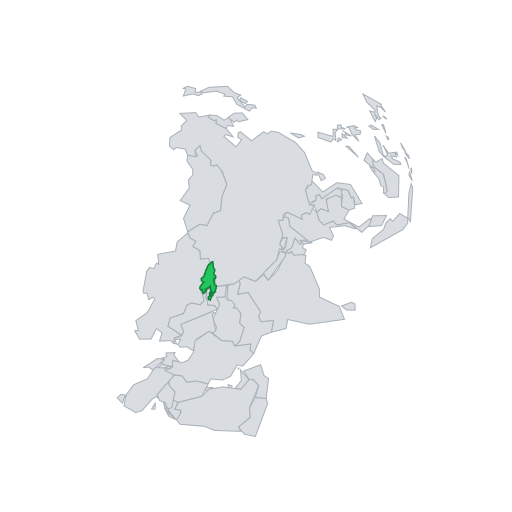 Kyrgyzstan highlighted on a map of Asia, rotated 292°
{"feature_id": "KGZ", "entity_name": "Kyrgyzstan", "entity_type": "country or territory", "adm_level": 0, "iso_a3": "KGZ", "parent_name": "Asia", "parent_adm1": "", "projection": "orthographic", "projection_center": [73.132, 41.224], "detail": "fine", "context": "in_parent", "style": "filled", "palette": "green", "viewbox_px": 512, "rotation_deg": 292, "n_neighbors": 45, "source": "natural_earth", "source_scale": "50m", "svg_char_len": 17012}
<svg xmlns="http://www.w3.org/2000/svg" viewBox="0 0 512 512"><g transform="rotate(292 256 256)"><path d="M251.9,184.1L248.0,188.1L247.2,194.7L241.2,194.0L240.0,202.1L232.5,205.6L236.0,213.0L234.4,216.9L214.6,213.6L212.3,217.1L204.8,216.2L196.0,224.9L189.7,222.3L188.3,214.0L184.8,210.5L175.5,210.4L166.2,199.7L157.9,200.8L154.7,216.8L149.7,211.1L144.3,212.3L145.4,208.0L140.9,198.5L149.6,197.7L151.4,190.9L139.7,189.9L135.3,179.2L141.2,171.6L143.0,174.8L151.1,168.8L162.8,176.4L178.3,178.3L179.3,176.3L175.4,172.7L180.8,169.0L179.4,165.8L180.8,164.5L200.9,160.4L205.4,161.5L206.0,166.0L212.1,166.4L211.9,168.8L220.8,164.3L230.4,179.5L239.5,177.7L251.9,184.1Z" fill="#d9dde1" stroke="#a8b0b8" stroke-width="1"/><path d="M154.7,216.8L157.9,200.8L166.2,199.7L175.5,210.4L184.8,210.5L188.3,214.0L189.7,222.3L194.7,224.8L204.0,218.1L202.1,221.4L210.8,224.4L206.5,227.6L202.5,227.1L202.8,223.9L198.3,224.7L195.4,229.9L192.6,229.5L194.6,236.0L192.4,240.3L164.4,212.1L158.4,217.5L154.7,216.8Z" fill="#d9dde1" stroke="#a8b0b8" stroke-width="1"/><path d="M446.3,294.5L443.6,315.3L442.7,315.1L438.0,322.2L440.6,316.0L440.1,311.8L432.0,316.9L430.3,320.4L428.4,318.7L432.3,312.5L429.1,316.2L425.2,316.2L433.1,307.0L433.8,312.4L435.8,311.7L440.1,301.1L446.3,294.5ZM408.6,354.6L406.4,359.6L403.6,362.0L405.6,358.1L408.6,354.6ZM432.0,326.2L432.1,324.1L433.2,320.9L433.4,322.7L432.0,326.2ZM389.6,327.7L388.0,332.0L393.5,336.4L389.8,339.3L384.1,358.4L364.2,366.0L359.9,357.3L362.3,350.6L365.4,353.3L376.7,345.8L379.4,343.5L383.1,331.1L389.6,327.7ZM418.4,330.6L424.8,323.4L425.5,325.0L418.4,330.6ZM415.6,334.3L413.8,335.3L413.4,334.4L416.1,331.9L415.6,334.3ZM418.7,312.0L420.7,313.8L419.2,322.0L417.4,317.2L418.7,312.0ZM399.2,331.0L411.6,320.9L407.4,328.5L397.2,336.2L396.7,339.0L399.4,340.0L406.4,332.1L401.0,340.4L405.1,347.7L402.4,349.6L404.1,346.0L400.5,349.0L399.3,343.9L397.3,346.3L397.0,354.3L395.1,356.1L392.6,349.1L396.1,337.2L399.2,331.0ZM396.1,367.1L390.9,369.6L393.8,367.1L396.1,367.1ZM394.2,365.4L400.5,359.9L403.2,356.8L402.5,358.8L394.2,365.4ZM388.3,367.5L391.8,366.8L384.3,372.6L388.3,367.5ZM348.5,382.3L371.5,374.3L381.2,372.7L377.4,376.0L345.7,386.3L348.5,382.3ZM339.4,369.8L349.3,373.4L347.7,382.6L343.5,384.3L335.7,382.4L306.5,359.0L315.5,357.3L328.4,364.3L335.7,364.1L340.9,366.5L339.4,369.8Z" fill="#d9dde1" stroke="#a8b0b8" stroke-width="1"/><path d="M408.6,355.9L411.4,351.0L415.1,347.7L408.6,355.9Z" fill="#d9dde1" stroke="#a8b0b8" stroke-width="1"/><path d="M82.3,229.3L77.7,233.7L74.3,243.2L74.7,235.3L79.9,229.0L82.3,229.3Z" fill="#d9dde1" stroke="#a8b0b8" stroke-width="1"/><path d="M86.0,226.7L80.0,229.0L86.1,224.8L86.0,226.7Z" fill="#d9dde1" stroke="#a8b0b8" stroke-width="1"/><path d="M80.2,232.5L76.8,235.7L79.3,231.4L80.2,232.5Z" fill="#d9dde1" stroke="#a8b0b8" stroke-width="1"/><path d="M80.2,232.5L91.4,233.1L91.0,238.7L83.3,238.2L85.1,243.8L77.4,246.2L74.3,243.2L80.2,232.5Z" fill="#d9dde1" stroke="#a8b0b8" stroke-width="1"/><path d="M126.0,286.4L135.1,289.1L144.6,284.3L138.0,296.7L126.7,291.9L126.0,286.4Z" fill="#d9dde1" stroke="#a8b0b8" stroke-width="1"/><path d="M123.4,283.5L123.7,280.4L126.2,278.3L126.7,282.3L123.4,283.5Z" fill="#d9dde1" stroke="#a8b0b8" stroke-width="1"/><path d="M115.2,257.5L117.7,265.1L111.8,260.8L115.2,257.5Z" fill="#d9dde1" stroke="#a8b0b8" stroke-width="1"/><path d="M91.0,238.7L91.4,233.1L99.6,231.8L103.1,224.1L109.0,221.6L114.9,224.8L117.2,232.5L113.0,239.0L117.8,247.4L119.5,259.5L105.5,258.2L91.0,238.7Z" fill="#d9dde1" stroke="#a8b0b8" stroke-width="1"/><path d="M138.9,296.0L144.7,287.7L156.9,301.0L148.1,308.3L147.1,313.5L127.7,318.8L124.4,308.3L136.8,307.0L140.4,299.3L138.9,296.0ZM145.8,281.9L144.1,282.7L145.4,281.5L145.8,281.9Z" fill="#d9dde1" stroke="#a8b0b8" stroke-width="1"/><path d="M333.3,325.0L333.8,316.7L345.2,313.5L346.4,310.1L351.0,312.3L351.3,317.1L345.6,322.6L347.4,324.2L337.4,329.6L333.3,325.0Z" fill="#d9dde1" stroke="#a8b0b8" stroke-width="1"/><path d="M342.0,313.2L333.8,316.7L333.3,325.0L323.2,323.7L321.4,340.6L333.6,347.7L329.9,351.0L317.5,345.2L321.9,330.2L315.0,319.4L317.2,314.4L310.1,307.2L312.7,301.1L319.2,296.0L324.2,298.4L324.6,306.4L332.0,300.4L338.1,301.7L342.5,307.7L342.0,313.2Z" fill="#d9dde1" stroke="#a8b0b8" stroke-width="1"/><path d="M349.8,310.1L342.0,313.2L342.5,307.7L334.8,299.6L324.6,306.4L324.2,298.4L319.2,296.0L324.8,290.8L323.4,286.4L330.2,290.6L334.6,288.9L336.7,291.8L333.8,295.6L348.4,303.7L349.8,310.1Z" fill="#d9dde1" stroke="#a8b0b8" stroke-width="1"/><path d="M319.2,296.0L312.7,301.1L310.1,307.2L317.2,314.4L315.0,319.4L321.9,330.2L318.6,338.9L317.2,326.8L310.1,313.5L303.7,320.3L298.9,320.2L298.4,311.4L288.8,300.1L296.2,276.2L303.2,272.0L302.9,266.9L308.3,268.5L307.4,284.8L311.1,282.9L315.2,286.4L314.7,290.2L321.9,288.9L319.2,296.0Z" fill="#d9dde1" stroke="#a8b0b8" stroke-width="1"/><path d="M340.6,328.9L347.4,324.2L345.6,322.6L351.3,317.1L349.8,306.0L333.8,295.6L336.7,291.8L334.6,288.9L330.2,290.6L325.1,285.1L335.4,277.2L346.4,280.3L340.3,293.9L354.3,303.6L357.7,316.8L344.4,334.6L340.6,328.9Z" fill="#d9dde1" stroke="#a8b0b8" stroke-width="1"/><path d="M369.4,160.4L371.5,167.4L370.0,175.5L374.5,179.3L367.8,186.7L366.4,180.7L362.9,180.7L363.1,176.9L363.9,169.2L367.3,168.1L365.7,166.4L366.8,159.4L369.4,160.4Z" fill="#d9dde1" stroke="#a8b0b8" stroke-width="1"/><path d="M371.7,185.4L374.2,178.2L380.5,182.7L383.5,189.7L379.4,197.3L373.8,189.3L375.0,187.3L371.7,185.4Z" fill="#d9dde1" stroke="#a8b0b8" stroke-width="1"/><path d="M252.9,183.6L263.7,174.7L278.3,175.8L279.0,164.9L294.0,168.7L301.4,164.8L307.0,167.0L312.4,165.2L318.2,156.4L323.9,154.8L326.9,164.3L331.1,159.8L337.0,161.2L327.8,178.7L323.4,179.6L323.3,182.8L325.9,185.1L323.9,190.4L311.4,202.3L298.0,202.3L284.7,206.2L279.8,200.6L265.8,199.2L264.3,192.2L252.9,183.6Z" fill="#d9dde1" stroke="#a8b0b8" stroke-width="1"/><path d="M302.9,266.9L303.2,272.0L296.2,276.2L289.9,297.4L287.0,291.3L285.6,294.3L283.2,292.6L287.0,285.4L277.5,286.2L271.7,282.2L270.6,285.4L273.7,287.1L270.8,290.8L273.3,291.5L275.2,302.0L267.7,304.1L266.3,309.9L249.5,326.9L241.7,330.3L240.4,352.1L230.4,361.7L212.8,331.2L209.0,309.2L200.1,311.0L191.0,298.8L202.7,296.5L196.8,285.2L201.2,280.9L205.8,281.3L219.1,262.3L213.4,253.4L224.7,251.6L228.1,247.7L232.2,252.7L232.3,265.0L241.6,270.1L238.1,276.4L251.0,281.4L269.7,282.7L271.4,275.1L272.3,279.3L276.0,280.2L284.6,277.9L282.7,274.2L297.5,263.1L298.9,267.4L302.9,266.9Z" fill="#d9dde1" stroke="#a8b0b8" stroke-width="1"/><path d="M287.0,291.3L289.5,303.3L284.6,295.5L281.0,296.1L280.6,300.3L275.6,300.3L270.8,290.8L273.7,287.1L270.6,285.4L271.7,282.2L277.5,286.2L287.0,285.4L283.2,292.6L285.6,294.3L287.0,291.3Z" fill="#d9dde1" stroke="#a8b0b8" stroke-width="1"/><path d="M282.7,274.2L284.6,277.9L272.3,279.3L276.1,273.3L282.7,274.2Z" fill="#d9dde1" stroke="#a8b0b8" stroke-width="1"/><path d="M269.2,276.5L269.7,282.7L266.5,283.3L238.1,276.4L243.1,268.9L260.3,276.5L269.2,276.5Z" fill="#d9dde1" stroke="#a8b0b8" stroke-width="1"/><path d="M228.1,247.7L224.7,251.6L213.4,253.4L219.1,262.3L205.8,281.3L201.2,280.9L196.8,285.2L202.7,296.5L191.0,298.8L184.1,291.0L164.7,290.4L166.6,285.6L172.4,284.1L164.3,269.7L170.4,272.8L185.1,271.8L187.7,265.8L196.7,263.7L206.5,243.7L218.3,240.9L222.1,246.2L228.1,247.7Z" fill="#d9dde1" stroke="#a8b0b8" stroke-width="1"/><path d="M181.5,239.6L197.2,240.5L203.0,234.8L206.5,242.7L211.5,239.3L218.3,240.9L204.4,245.6L205.6,249.6L202.8,254.7L199.3,254.5L200.7,257.4L196.7,263.7L187.7,265.8L185.1,271.8L170.4,272.8L164.3,269.7L168.1,266.3L164.6,255.9L168.4,244.6L174.6,246.4L181.5,239.6Z" fill="#d9dde1" stroke="#a8b0b8" stroke-width="1"/><path d="M192.4,240.3L194.6,236.0L192.6,229.5L202.8,223.9L203.9,227.1L198.6,230.1L213.0,230.8L217.6,239.6L206.5,242.7L203.0,234.8L197.2,240.5L192.4,240.3Z" fill="#d9dde1" stroke="#a8b0b8" stroke-width="1"/><path d="M144.3,212.3L149.7,211.1L153.1,216.7L158.4,217.5L164.4,212.1L188.1,236.3L187.8,239.0L185.2,237.5L171.8,246.7L168.4,244.6L168.6,240.8L156.6,232.0L144.5,233.2L145.9,225.6L143.1,220.0L144.7,216.5L150.5,217.6L148.4,211.8L144.6,215.4L144.3,212.3Z" fill="#d9dde1" stroke="#a8b0b8" stroke-width="1"/><path d="M119.5,259.5L117.8,247.4L113.0,239.0L117.2,232.5L114.2,220.8L115.8,214.5L121.1,219.6L128.1,217.9L129.4,227.5L134.0,232.1L143.9,234.2L154.3,231.1L168.6,240.8L164.6,255.9L168.1,266.3L164.3,269.7L172.4,284.1L166.6,285.6L164.7,290.4L149.0,285.0L148.0,279.5L134.8,277.4L128.3,271.1L125.1,260.1L119.5,259.5Z" fill="#d9dde1" stroke="#a8b0b8" stroke-width="1"/><path d="M81.2,231.5L86.0,226.7L85.8,220.7L90.4,216.2L107.5,221.7L103.1,224.1L99.6,231.8L83.9,234.7L81.2,231.5Z" fill="#d9dde1" stroke="#a8b0b8" stroke-width="1"/><path d="M122.3,219.8L115.6,210.6L116.6,207.0L122.0,210.2L122.3,219.8Z" fill="#d9dde1" stroke="#a8b0b8" stroke-width="1"/><path d="M114.9,224.8L90.4,216.2L87.1,219.4L88.4,216.1L84.6,213.4L70.0,208.3L65.7,202.9L67.7,189.6L78.5,187.6L90.7,190.7L101.6,201.4L114.6,203.9L118.3,214.1L115.8,214.5L114.9,224.8ZM72.5,180.4L77.2,182.7L78.1,186.9L69.5,187.2L72.5,180.4Z" fill="#d9dde1" stroke="#a8b0b8" stroke-width="1"/><path d="M249.0,362.0L248.5,365.8L242.9,368.2L239.9,360.3L241.7,354.0L249.0,362.0Z" fill="#d9dde1" stroke="#a8b0b8" stroke-width="1"/><path d="M354.2,291.3L350.3,288.1L357.0,281.7L356.7,288.0L354.2,291.3ZM213.0,230.8L236.0,213.0L232.5,205.6L240.0,202.1L241.2,194.0L247.2,194.7L248.0,188.1L252.9,183.6L264.3,192.2L265.8,199.2L279.8,200.6L284.7,206.2L298.0,202.3L311.4,202.3L321.5,193.3L325.9,185.1L323.3,182.8L323.4,179.6L327.8,178.7L332.9,166.0L337.6,162.7L331.1,159.8L325.4,163.0L323.9,154.8L328.6,150.4L326.8,141.8L323.7,139.7L325.6,134.6L333.6,131.8L344.8,139.7L348.6,138.0L355.7,141.1L359.7,132.0L366.3,146.4L363.4,150.7L369.4,160.4L366.8,159.4L365.7,166.4L367.3,168.1L363.9,169.2L362.9,180.7L357.9,190.1L357.2,182.4L354.9,181.3L349.8,196.5L358.2,199.1L359.5,194.5L363.9,193.4L365.4,195.1L361.1,208.8L373.8,216.3L373.9,221.4L377.4,223.1L379.0,230.1L376.1,250.1L370.2,262.2L355.7,276.5L355.6,281.3L353.8,282.4L352.7,278.1L342.8,280.8L340.8,277.4L335.4,277.2L323.4,286.4L324.8,290.8L314.7,290.2L315.2,286.4L311.1,282.9L307.4,284.8L308.3,268.5L304.9,265.9L298.9,267.4L297.5,263.1L285.6,273.0L276.1,273.3L272.2,278.4L271.4,275.1L260.3,276.5L232.3,265.0L232.2,252.7L222.1,246.2L213.0,230.8Z" fill="#d9dde1" stroke="#a8b0b8" stroke-width="1"/><path d="M382.9,241.7L385.4,252.0L385.2,256.0L381.4,251.2L382.9,241.7Z" fill="#d9dde1" stroke="#a8b0b8" stroke-width="1"/><path d="M126.0,206.7L129.2,211.0L132.4,208.9L136.1,217.2L133.5,216.8L129.2,224.1L128.1,217.9L122.3,219.8L121.0,214.1L120.9,207.8L125.2,210.1L126.0,206.7ZM121.1,219.6L119.2,218.3L118.3,214.1L120.8,216.1L121.1,219.6Z" fill="#d9dde1" stroke="#a8b0b8" stroke-width="1"/><path d="M110.1,193.2L124.1,203.0L125.8,209.8L111.5,202.9L112.9,198.1L110.1,193.2Z" fill="#d9dde1" stroke="#a8b0b8" stroke-width="1"/><path d="M396.1,291.7L392.5,289.0L396.3,287.9L396.1,291.7ZM403.0,299.5L401.8,292.9L403.3,294.2L404.7,289.1L403.0,299.5ZM409.3,291.4L413.6,298.0L413.1,302.0L411.7,299.2L410.6,302.1L411.2,306.3L407.8,306.9L405.4,302.4L400.8,308.4L404.6,299.6L409.9,294.0L409.3,291.4ZM392.5,301.0L385.9,314.1L391.5,298.4L392.5,301.0ZM393.9,267.0L395.8,282.8L402.5,280.0L403.8,284.3L399.8,283.1L393.0,286.9L393.6,283.7L389.7,282.6L389.1,269.3L393.9,267.0ZM399.4,296.5L398.1,291.5L401.8,289.9L399.4,296.5ZM407.9,282.5L409.4,285.9L407.2,286.7L407.4,291.4L404.3,283.8L407.9,282.5Z" fill="#d9dde1" stroke="#a8b0b8" stroke-width="1"/><path d="M325.6,349.7L337.0,349.1L342.4,361.9L331.3,361.0L325.6,349.7ZM389.6,327.7L383.1,331.1L379.4,343.5L365.4,353.3L363.0,352.6L362.3,350.6L367.6,348.5L368.3,345.2L373.8,340.9L377.6,333.6L381.4,332.1L385.1,320.2L393.3,320.5L389.6,327.7Z" fill="#d9dde1" stroke="#a8b0b8" stroke-width="1"/><path d="M381.5,328.0L381.4,332.1L379.2,334.6L377.6,333.6L381.5,328.0Z" fill="#d9dde1" stroke="#a8b0b8" stroke-width="1"/><path d="M394.7,149.1L402.6,166.0L399.3,174.5L399.5,181.6L395.8,179.1L389.8,190.2L393.3,190.8L395.4,198.4L393.2,200.9L391.9,197.0L387.8,195.6L389.5,181.3L394.7,174.6L392.2,166.2L394.4,166.4L394.0,157.4L387.4,145.8L388.2,143.0L394.7,149.1ZM384.6,128.4L384.1,125.7L387.6,128.6L388.7,137.4L384.9,138.4L387.3,143.0L385.9,145.3L383.0,142.3L382.7,136.6L377.1,128.7L384.6,128.4ZM393.3,188.9L394.2,182.4L397.0,182.6L396.1,190.2L393.3,188.9Z" fill="#d9dde1" stroke="#a8b0b8" stroke-width="1"/><path d="M124.4,308.3L127.7,318.8L123.5,322.1L88.4,323.0L86.5,311.9L90.8,303.7L104.0,310.9L113.1,306.8L124.4,308.3Z" fill="#d9dde1" stroke="#a8b0b8" stroke-width="1"/><path d="M74.2,243.9L82.9,245.1L85.1,243.8L83.3,238.2L91.0,238.7L105.5,258.2L114.8,262.2L122.4,274.7L126.7,291.9L138.9,296.0L140.4,299.3L136.8,307.0L113.1,306.8L104.0,310.9L90.8,303.7L87.8,307.7L78.7,282.8L78.8,272.2L71.5,248.6L74.2,243.9Z" fill="#d9dde1" stroke="#a8b0b8" stroke-width="1"/><path d="M82.4,217.7L76.1,219.7L75.0,216.5L82.4,217.7Z" fill="#d9dde1" stroke="#a8b0b8" stroke-width="1"/><path d="M203.7,227.1L203.8,227.0L204.2,227.0L204.9,226.9L205.2,227.0L205.4,227.1L205.6,227.3L205.8,227.3L206.0,227.2L206.1,227.3L206.2,227.5L206.5,227.4L206.7,227.2L206.9,227.1L207.1,227.1L207.2,226.9L207.3,226.7L207.7,226.3L207.9,226.2L208.1,226.2L208.1,226.3L208.5,226.4L208.6,226.2L208.5,225.9L208.6,225.7L209.2,225.9L209.3,225.9L209.6,225.8L209.8,225.5L209.9,225.4L211.0,224.8L211.1,224.6L210.6,224.4L210.4,224.5L210.2,224.5L210.1,224.4L209.5,224.4L209.4,224.3L209.0,223.9L208.7,223.7L208.3,223.6L208.0,223.7L207.9,223.7L207.9,223.3L207.9,223.0L207.7,223.0L207.2,222.9L206.9,222.9L206.9,222.4L206.7,222.2L206.6,221.9L206.3,221.7L206.3,221.4L206.2,221.4L206.0,221.5L206.1,221.8L206.0,222.1L205.9,222.3L205.7,222.4L205.4,222.2L205.3,223.1L205.0,223.1L204.7,223.1L204.3,223.0L204.1,222.9L203.9,222.8L203.5,222.7L203.3,222.5L203.1,221.9L203.0,221.7L202.8,221.6L202.2,221.8L202.0,221.7L201.7,221.4L201.4,221.4L201.3,221.2L202.2,220.4L202.6,220.0L202.8,219.8L203.2,219.7L203.4,219.6L203.6,219.2L203.8,219.1L204.2,218.9L204.8,218.6L204.8,218.4L204.5,218.2L204.2,218.0L203.9,218.2L203.8,217.8L204.0,217.4L204.1,217.2L204.2,216.9L204.4,216.7L204.7,216.3L205.0,216.0L205.5,215.8L205.8,215.9L206.1,215.9L206.6,215.7L206.8,215.7L207.9,216.0L208.3,216.0L209.2,216.4L209.6,216.4L209.9,216.5L210.0,216.7L210.2,216.9L211.3,217.0L211.6,217.1L211.7,217.3L212.0,217.5L212.3,217.5L212.0,216.7L212.1,216.2L212.5,214.9L212.7,214.7L213.0,214.5L213.5,214.3L213.7,214.1L214.2,214.1L214.4,214.1L214.5,214.0L214.6,213.8L215.1,214.1L215.9,214.6L216.6,215.0L217.3,215.3L218.4,215.6L219.2,215.6L219.4,215.6L219.7,215.1L219.9,215.1L220.2,215.1L221.1,215.1L222.1,215.1L222.5,215.0L223.5,214.8L223.8,214.8L224.4,215.0L224.9,215.0L225.1,215.0L225.3,215.0L225.7,215.0L226.3,215.0L227.0,215.1L227.8,215.0L228.1,215.0L228.6,215.0L229.0,215.1L229.5,215.3L229.8,215.3L230.0,215.3L230.4,215.3L230.6,215.3L230.9,215.7L231.2,216.0L231.4,216.2L231.7,216.5L231.9,216.6L232.2,216.6L232.9,216.6L233.3,216.7L233.8,217.1L234.3,217.6L234.4,217.8L234.5,218.1L234.4,218.2L234.4,218.3L233.4,218.4L233.2,218.5L233.0,219.0L232.1,219.4L231.6,219.6L231.4,219.6L231.0,219.9L229.7,220.7L229.1,221.2L228.7,221.4L228.5,221.6L228.5,221.8L228.5,222.0L227.8,223.0L227.2,223.1L226.7,223.1L226.4,223.3L226.0,223.5L225.0,223.4L224.6,223.4L224.0,223.3L223.7,223.4L223.5,223.6L223.1,224.4L222.9,224.5L222.8,225.1L222.7,225.4L222.5,225.7L222.4,226.0L222.1,226.3L221.9,226.5L221.7,226.1L221.3,226.4L221.0,226.4L220.8,226.4L220.4,226.7L219.7,226.8L219.6,226.7L219.5,225.8L219.4,225.4L219.1,225.3L218.2,226.0L217.8,226.1L217.4,226.2L216.9,226.0L216.7,226.3L216.9,226.7L216.6,226.7L216.3,226.8L216.1,227.0L215.4,227.6L214.9,227.8L214.3,227.9L214.1,228.0L213.8,228.3L213.7,228.8L213.6,229.0L213.5,229.3L213.7,229.5L213.8,230.0L213.7,230.1L213.6,230.3L213.5,230.5L213.1,230.6L212.8,230.7L212.6,230.6L212.3,230.6L212.0,230.7L211.8,230.8L211.5,231.0L211.0,231.1L210.5,231.1L210.2,231.1L209.4,231.0L209.1,231.0L208.9,231.1L208.4,231.2L208.2,231.4L208.1,231.7L207.7,231.5L207.5,231.3L207.4,231.1L207.2,231.1L206.5,231.4L206.3,231.3L206.3,231.0L206.3,230.8L206.1,230.6L205.7,230.6L205.5,230.3L205.6,230.2L205.4,229.9L205.2,230.0L204.9,230.1L204.7,230.2L204.5,230.3L204.2,230.3L203.8,230.8L203.1,230.8L202.9,230.7L202.7,230.5L202.5,230.0L202.3,230.0L202.1,229.9L201.7,229.9L201.2,230.1L201.0,229.9L200.9,230.0L200.7,230.0L200.2,230.0L199.6,230.0L199.3,229.9L199.0,229.9L198.6,230.0L198.3,230.0L198.0,230.1L198.0,229.4L197.8,229.0L197.9,228.7L198.0,228.3L198.1,228.1L198.3,228.2L198.5,228.4L198.7,228.2L198.7,227.9L198.8,227.7L199.7,227.3L200.4,227.1L200.7,227.3L201.4,227.6L201.8,227.8L202.0,227.9L202.2,228.3L202.3,228.3L202.5,228.2L202.7,227.7L203.0,227.5L203.7,227.3L203.7,227.2L203.7,227.1ZM204.5,228.6L204.5,228.3L204.6,228.0L204.3,227.9L204.1,227.8L204.0,227.5L203.9,227.5L203.7,227.8L203.8,228.0L204.0,228.2L204.0,228.3L203.9,228.6L204.1,228.7L204.4,228.7L204.5,228.6ZM202.8,228.9L202.7,228.8L202.4,228.7L202.1,228.6L202.2,228.9L202.3,229.0L202.5,229.1L202.8,228.9ZM206.5,228.4L206.5,228.2L206.4,228.3L206.2,228.3L206.2,228.6L206.4,228.6L206.5,228.4Z" fill="#22c55e" stroke="#15803d" stroke-width="1.5"/></g></svg>